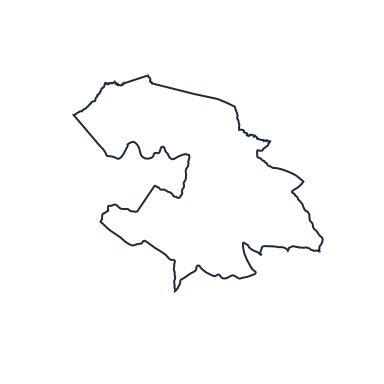 the district of Turkana South, Rift Valley, Kenya, rotated 118°
{"feature_id": "3690345B86728655085245", "entity_name": "Turkana South", "entity_type": "district", "adm_level": 2, "iso_a3": "KEN", "parent_name": "Kenya", "parent_adm1": "Rift Valley", "projection": "mercator", "projection_center": [35.73, 2.378], "detail": "fine", "context": "isolated", "style": "outline", "palette": "slate", "viewbox_px": 384, "rotation_deg": 118, "n_neighbors": 0, "source": "geoboundaries", "source_scale": "gbopen_adm2", "svg_char_len": 6080}
<svg xmlns="http://www.w3.org/2000/svg" viewBox="0 0 384 384"><g transform="rotate(118 192 192)"><path d="M109.8,285.6L127.0,302.1L127.4,303.1L128.1,302.8L129.0,304.1L129.4,303.8L129.9,303.9L130.3,303.7L130.6,304.5L131.4,304.9L131.7,306.6L132.2,307.2L131.8,307.6L132.3,308.0L131.4,309.1L131.6,309.8L132.4,309.8L132.4,310.0L131.9,310.5L131.7,311.3L131.2,311.5L131.0,311.8L131.7,311.8L132.1,312.7L133.5,313.3L133.5,314.3L134.1,314.6L134.1,315.4L134.5,315.6L135.0,316.5L135.6,316.4L135.4,316.8L135.6,317.1L136.1,317.2L136.1,317.5L136.5,317.8L136.0,318.9L136.3,319.2L136.7,319.1L136.7,319.6L137.1,319.4L137.8,319.7L140.4,319.0L141.0,319.4L141.6,319.4L142.1,320.0L143.0,320.2L143.9,320.3L144.3,320.0L144.9,319.9L146.6,320.2L147.4,319.8L149.5,320.6L150.0,320.4L150.6,321.0L151.1,321.1L151.6,320.6L152.7,320.6L153.2,320.9L154.5,321.1L156.8,320.3L157.2,320.6L157.6,320.6L158.8,322.3L159.5,322.5L159.8,322.9L160.9,322.8L161.8,323.3L162.1,323.1L164.0,323.8L165.9,324.2L166.6,324.8L168.1,324.9L170.1,326.6L170.7,326.5L171.7,327.1L172.4,327.1L173.3,328.8L174.5,329.2L175.8,330.3L179.2,332.1L179.6,332.6L194.3,295.6L196.0,290.4L198.2,286.4L199.4,285.2L199.8,284.5L199.8,283.2L198.6,280.4L198.0,278.3L197.7,276.2L197.6,273.9L197.3,272.7L196.8,272.1L196.0,271.6L193.9,270.7L189.9,270.3L181.8,270.4L181.0,270.6L180.3,271.2L178.6,270.4L177.3,269.5L176.3,268.7L175.4,267.5L175.1,266.4L175.2,265.1L175.9,262.6L177.3,260.3L178.8,258.6L182.1,255.7L183.1,254.5L183.8,253.4L184.2,252.0L184.4,249.4L183.6,247.1L182.3,245.3L180.8,243.8L179.0,243.1L177.7,243.1L176.2,243.5L175.1,243.1L174.7,242.7L173.7,240.2L172.8,239.5L171.8,239.4L167.1,240.2L165.7,239.2L165.5,238.6L165.8,237.4L168.6,234.4L169.7,231.3L171.9,228.5L172.4,226.5L172.4,225.2L172.0,224.2L171.3,223.4L166.9,220.6L163.2,217.5L161.6,215.4L160.7,212.0L162.0,211.0L163.8,210.1L166.8,209.7L168.6,208.4L169.8,208.2L170.5,207.7L171.1,207.6L174.0,208.0L176.0,207.6L177.5,206.8L179.6,205.2L181.0,204.8L183.4,203.6L184.9,203.4L187.8,203.7L190.6,201.7L192.4,201.4L194.0,201.8L196.9,200.8L197.4,200.2L197.9,199.9L199.0,199.8L200.2,200.3L201.8,200.0L203.3,200.8L204.0,202.3L203.7,203.6L204.3,205.3L204.4,206.1L203.0,208.7L202.6,211.2L203.1,213.5L202.8,216.9L203.1,218.2L204.1,219.6L204.5,220.7L204.3,222.2L203.6,223.7L204.0,225.2L203.7,227.3L203.9,227.7L204.5,228.0L234.8,231.2L235.7,232.2L237.6,236.8L237.6,238.5L237.2,240.2L237.3,241.1L239.3,244.6L239.9,246.2L240.2,247.7L239.7,250.0L239.0,252.0L239.1,253.6L239.6,254.8L242.3,257.0L243.2,259.0L243.7,259.3L244.4,259.2L246.6,258.2L247.5,257.3L247.9,257.2L250.5,258.8L251.5,259.0L252.8,260.4L254.3,260.5L258.6,258.6L260.9,258.9L261.2,258.8L261.4,258.6L261.9,255.7L263.4,250.6L264.4,246.0L265.7,233.8L267.3,227.3L267.6,222.9L267.3,219.9L266.4,218.3L264.3,216.4L262.9,214.8L261.9,213.3L260.8,212.2L258.6,212.1L257.4,211.2L257.2,210.6L257.4,207.4L258.8,198.1L259.0,193.1L259.7,186.1L261.2,182.0L261.9,179.4L261.5,178.1L260.5,176.4L260.6,175.2L261.4,174.4L264.2,173.8L266.1,172.7L268.2,172.1L269.8,171.1L270.5,170.0L271.2,169.5L273.4,168.5L274.2,167.4L275.3,167.0L276.1,166.3L279.5,165.8L281.7,164.1L284.6,162.5L286.4,160.9L287.4,160.5L286.2,159.9L285.4,159.9L284.2,159.5L283.4,159.4L282.3,159.7L280.8,159.4L278.1,159.7L275.6,160.7L274.5,160.6L274.1,160.2L271.0,158.3L264.3,154.9L262.4,153.4L259.5,151.9L258.0,152.0L256.7,152.8L255.5,152.9L254.4,152.4L253.9,151.9L253.7,151.1L253.9,150.4L255.0,148.1L255.5,146.5L256.3,142.3L256.3,136.7L255.9,132.8L255.2,131.9L252.8,130.4L252.3,129.4L252.4,128.6L253.6,126.0L253.7,124.5L253.5,123.4L252.8,122.2L250.9,120.3L247.3,117.9L246.3,116.7L246.0,114.9L246.4,110.6L246.2,109.6L245.8,108.9L244.3,107.4L240.7,103.1L235.6,98.5L234.8,98.0L233.4,97.8L232.9,98.1L232.3,99.6L232.3,100.8L231.3,103.6L230.8,103.9L230.8,104.8L230.4,105.1L226.3,111.3L222.2,116.4L219.2,119.1L214.6,122.4L213.2,123.0L212.6,122.8L212.5,120.4L212.7,119.2L212.7,117.8L213.2,116.8L214.2,115.6L214.3,114.3L214.7,113.0L214.8,109.5L214.4,105.1L214.6,104.0L215.1,102.9L215.1,101.7L214.8,101.6L214.2,102.9L213.4,103.4L209.8,103.8L208.0,104.3L207.1,104.1L205.8,102.7L202.2,95.4L200.9,92.4L200.3,90.2L198.2,86.0L197.8,83.4L198.2,80.7L198.9,79.7L197.9,79.6L196.6,80.1L195.9,80.1L192.5,77.6L190.4,70.6L189.6,69.2L188.9,67.2L187.3,65.3L187.1,63.4L186.6,61.9L187.1,60.3L187.1,59.3L186.7,58.2L186.8,56.9L186.3,56.0L185.2,54.7L184.7,52.3L184.8,51.7L184.6,51.4L184.3,51.5L184.0,52.4L183.3,52.8L182.1,52.9L180.3,53.9L177.7,53.3L176.3,53.5L175.0,53.4L173.8,54.0L172.5,54.3L171.7,54.9L170.9,56.7L170.8,57.6L170.3,59.4L167.9,63.9L167.5,66.4L166.4,68.4L164.0,70.1L163.1,71.1L162.1,74.1L161.1,75.3L156.9,77.8L156.4,78.3L155.7,79.8L155.2,80.4L155.0,81.1L155.3,82.6L154.7,84.3L152.6,87.1L150.9,88.8L149.1,93.2L148.8,94.8L147.5,96.0L146.8,97.2L146.8,98.5L146.5,99.4L145.6,100.6L145.5,102.6L145.2,103.6L144.9,103.8L143.8,103.8L142.5,103.2L139.4,101.3L136.4,99.9L132.2,98.7L130.4,98.6L128.7,106.9L128.5,109.6L128.7,114.4L129.4,120.8L130.2,124.9L131.3,128.7L132.8,132.0L132.6,134.2L132.9,136.7L132.8,137.7L131.6,139.6L131.6,141.1L130.9,142.3L130.8,143.3L131.1,144.0L130.1,147.4L130.5,149.1L130.4,150.7L126.4,153.2L125.2,153.7L124.6,153.7L124.1,153.4L123.6,151.1L122.7,149.7L121.8,149.2L120.0,149.2L118.5,148.3L117.5,148.1L115.5,146.9L114.6,146.9L112.9,147.4L111.4,146.6L110.6,146.8L111.4,148.0L111.0,149.6L111.1,150.1L112.2,150.4L112.4,150.7L112.1,151.8L113.3,152.6L112.7,153.3L112.6,153.8L113.6,155.0L113.9,158.0L114.5,159.0L114.3,159.6L113.4,159.9L113.1,161.6L112.6,162.8L112.9,163.1L113.9,163.1L114.2,163.6L113.1,164.7L113.1,165.6L113.5,166.3L114.1,166.8L114.4,168.0L115.4,167.7L115.8,168.0L116.2,169.8L116.1,170.4L115.0,170.5L114.5,170.9L114.4,171.6L114.9,174.0L114.6,174.4L113.8,174.7L113.3,175.5L113.8,177.9L114.9,179.0L115.0,179.4L114.9,179.7L112.9,180.8L111.3,181.3L110.5,181.7L109.0,183.2L107.0,184.7L105.5,187.0L103.4,187.4L102.8,188.1L101.2,189.1L100.3,190.6L96.6,194.3L96.9,202.8L97.8,212.5L98.5,215.3L104.4,236.0L114.9,278.3L114.3,278.6L114.0,279.1L114.0,279.9L114.4,280.2L114.4,280.4L113.5,281.3L112.4,281.5L111.5,282.1L111.0,282.9L110.9,284.4L109.8,285.6Z" fill="none" stroke="#1e293b" stroke-width="2"/></g></svg>